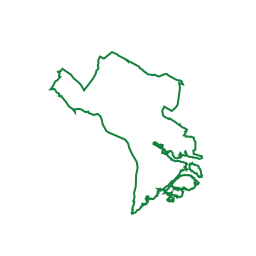 Flekkefjord nor, Vest-Agder, Norway, rotated 304°
{"feature_id": "86288312B20196044889227", "entity_name": "Flekkefjord nor", "entity_type": "district", "adm_level": 2, "iso_a3": "NOR", "parent_name": "Norway", "parent_adm1": "Vest-Agder", "projection": "albers", "projection_center": [6.638, 58.382], "detail": "fine", "context": "isolated", "style": "outline", "palette": "green", "viewbox_px": 256, "rotation_deg": 304, "n_neighbors": 0, "source": "geoboundaries", "source_scale": "gbopen_adm2", "svg_char_len": 5964}
<svg xmlns="http://www.w3.org/2000/svg" viewBox="0 0 256 256"><g transform="rotate(304 128 128)"><path d="M171.6,64.9L167.5,65.4L165.3,67.3L162.7,68.1L161.6,69.7L160.1,70.3L158.3,69.6L155.3,70.8L149.4,71.4L134.6,70.5L136.6,66.8L137.7,63.8L138.3,60.7L138.8,55.2L140.3,51.0L140.4,40.5L136.8,40.2L136.2,39.0L135.4,38.5L135.1,39.2L135.4,40.0L134.7,40.9L132.4,41.7L132.6,43.2L127.5,42.6L126.1,41.6L120.7,42.4L116.7,42.1L119.2,45.1L117.6,49.1L118.0,51.6L116.9,52.7L116.0,52.7L116.3,54.1L117.4,54.9L116.8,55.5L115.0,61.7L112.9,67.0L112.8,71.4L111.5,75.1L113.6,73.3L116.5,76.7L117.5,79.7L117.2,81.4L117.5,84.0L119.4,85.8L118.5,86.6L118.4,87.4L118.8,88.1L119.6,92.2L122.7,95.0L122.2,98.7L119.8,102.1L117.0,104.8L113.4,111.8L113.6,115.3L116.8,132.1L115.6,136.0L114.8,137.4L112.4,139.8L108.5,146.3L104.6,154.5L100.3,158.3L93.4,161.1L84.1,167.0L77.5,169.4L74.1,172.2L70.6,173.3L70.9,173.6L70.7,174.2L69.9,174.3L69.3,175.2L65.3,176.0L63.3,177.3L62.9,177.0L62.5,178.1L59.7,178.4L59.2,179.4L59.8,179.9L60.5,179.2L60.2,180.0L62.3,181.5L64.8,181.5L66.8,183.0L71.7,182.9L71.0,183.3L73.3,183.7L73.4,183.3L72.6,182.8L73.3,182.3L73.8,183.6L73.6,183.9L74.4,184.0L74.8,184.6L74.3,185.1L75.4,185.9L77.1,185.1L78.1,185.9L78.6,185.5L78.3,183.8L79.4,183.7L79.2,182.2L82.0,181.8L82.6,183.1L82.0,183.4L82.5,183.4L80.9,183.6L81.1,184.0L80.4,184.0L80.5,184.6L81.2,186.1L82.3,186.3L82.3,187.0L83.3,188.8L87.6,189.3L87.5,189.9L88.2,190.2L90.0,189.1L91.2,189.7L91.7,189.0L91.6,188.3L92.7,188.2L93.6,189.2L94.1,186.7L94.4,187.3L94.2,187.6L95.3,188.3L94.8,188.6L94.8,189.6L94.5,189.9L96.2,190.3L96.5,191.0L96.0,192.0L96.3,192.5L97.6,192.7L96.9,192.3L97.6,191.6L101.0,192.4L102.3,193.4L108.2,194.0L110.3,195.4L118.3,196.4L120.7,196.3L122.4,195.5L123.2,196.9L124.0,196.8L124.1,197.6L124.7,197.6L125.7,198.7L125.7,199.5L126.4,198.8L126.9,199.6L126.9,198.6L127.3,198.3L127.1,196.6L127.4,196.5L127.7,197.7L128.2,197.3L127.8,197.1L129.0,197.2L130.9,196.1L131.2,196.9L131.6,196.2L130.6,193.7L130.6,192.6L129.3,190.5L129.5,189.8L129.0,188.4L126.6,185.3L126.9,184.7L126.0,182.3L126.1,181.4L126.8,181.5L126.9,177.1L127.3,176.8L127.5,174.9L129.0,175.0L127.0,172.9L127.6,172.3L126.4,170.3L128.4,169.4L128.9,170.4L129.9,170.6L130.6,169.2L130.6,168.4L130.0,168.2L129.9,166.6L129.4,166.2L129.3,160.3L128.8,158.4L130.0,157.5L130.8,157.9L131.3,158.8L131.0,159.1L131.6,159.7L130.9,160.2L130.8,161.0L131.5,162.1L130.6,163.2L132.2,164.0L131.9,164.6L132.7,164.9L133.3,166.4L132.8,166.7L131.2,165.2L130.1,165.9L131.1,167.3L130.6,168.2L130.8,169.1L130.1,170.6L130.4,170.9L129.3,173.6L130.4,173.8L131.1,175.2L132.1,175.2L132.9,176.6L132.3,178.7L130.4,180.5L130.5,181.1L129.6,182.8L129.4,183.3L130.0,185.3L130.4,186.0L132.5,186.0L132.1,186.2L132.3,187.9L133.8,188.3L134.2,188.0L134.2,185.6L136.6,185.4L135.5,187.8L135.6,188.4L136.6,189.0L136.8,190.5L137.7,191.7L138.8,191.3L139.1,189.8L139.9,189.4L140.0,188.7L140.7,188.7L138.1,192.8L138.5,195.3L140.1,197.9L139.8,198.2L140.1,199.0L141.8,201.6L141.8,202.7L142.4,204.7L144.5,206.1L145.5,205.4L145.9,204.8L144.7,201.9L143.9,198.5L143.1,197.1L145.8,194.8L147.2,195.9L148.0,195.7L154.0,191.8L155.5,188.9L156.8,188.1L156.0,185.0L155.1,184.1L154.5,182.2L153.2,181.1L153.7,180.0L153.1,178.5L157.3,178.3L157.2,177.5L158.4,178.1L159.6,177.8L159.4,174.0L158.9,172.9L159.3,168.6L159.7,168.6L159.1,167.9L159.4,163.8L159.2,157.0L158.3,157.0L157.7,151.9L158.0,150.2L161.1,146.9L166.0,146.1L166.6,154.8L171.8,156.1L175.1,156.1L190.3,148.7L193.9,145.3L194.9,149.1L196.8,146.2L196.4,145.4L196.5,144.2L195.6,143.4L194.9,140.1L194.2,132.5L194.4,129.9L193.4,128.5L187.7,124.6L187.0,120.1L186.1,119.7L183.7,114.5L184.0,110.9L183.7,110.7L184.4,107.0L184.2,104.1L185.1,103.1L183.8,90.8L183.3,91.0L183.8,89.8L183.2,89.5L183.7,88.6L182.7,79.6L183.0,77.6L182.0,72.3L172.0,69.2L171.6,64.9ZM105.3,195.6L104.6,196.2L104.5,197.1L104.8,197.2L104.1,198.0L104.0,199.1L104.7,199.4L104.9,200.0L104.5,200.5L105.4,201.2L106.0,202.8L107.3,203.0L106.4,203.2L106.3,204.0L107.0,204.7L107.1,206.3L107.8,206.6L107.9,207.9L109.0,208.7L109.7,207.4L110.2,208.1L110.0,209.2L109.5,209.5L109.4,210.7L109.8,211.5L110.1,211.0L110.5,213.5L113.9,215.0L114.3,215.5L113.9,215.7L114.1,215.9L116.9,216.4L119.0,215.1L119.0,214.7L119.4,214.7L119.3,214.0L119.8,213.8L119.7,214.5L120.1,214.6L118.4,215.7L118.5,216.1L119.7,216.1L119.9,216.3L119.6,216.5L120.3,217.5L122.2,217.3L122.6,213.7L120.8,214.3L122.5,213.2L122.2,212.3L122.7,212.2L122.8,209.6L123.5,210.0L123.3,208.2L123.8,207.9L123.8,206.9L123.3,206.6L123.4,206.0L122.7,205.0L122.8,204.3L121.1,202.3L120.8,201.2L119.9,200.8L119.4,199.6L117.7,198.8L117.6,197.6L114.7,197.8L113.0,196.8L105.3,195.6ZM99.4,195.1L96.6,193.8L96.3,194.0L96.6,194.7L96.2,194.7L94.5,194.5L95.4,195.2L95.1,195.9L95.3,196.7L95.9,196.8L95.6,197.2L97.1,197.0L94.9,198.4L95.4,199.2L96.5,200.1L97.2,199.0L97.8,199.5L97.6,200.1L98.9,200.2L98.5,200.5L97.5,200.4L97.2,200.6L97.6,200.8L97.2,200.9L97.6,201.9L97.3,202.8L97.8,202.2L97.5,203.1L97.8,204.9L98.1,205.6L98.8,205.0L99.0,205.5L98.5,205.8L99.1,206.2L97.2,208.1L99.2,207.5L99.6,209.5L101.5,210.8L105.7,209.5L105.3,209.0L106.2,208.2L106.4,205.8L105.1,203.5L104.4,204.1L104.0,202.1L104.6,202.1L104.3,200.6L103.0,200.3L103.5,199.8L103.8,198.5L104.0,198.2L104.3,197.7L104.5,196.2L103.6,195.8L103.7,196.5L103.3,195.6L99.4,195.1ZM132.4,199.5L129.3,201.3L127.9,203.8L128.2,204.4L127.8,205.1L128.4,205.5L128.2,206.0L128.4,206.9L127.9,208.3L128.1,209.4L128.6,209.6L128.2,210.2L128.7,210.8L127.4,212.6L127.1,213.9L127.5,214.0L127.3,214.8L127.5,215.1L128.2,215.0L128.7,216.5L130.0,216.0L130.4,214.7L133.3,212.1L134.3,210.6L134.5,209.0L135.7,208.0L135.7,206.8L134.6,203.7L134.9,203.0L134.0,201.4L134.7,200.7L133.9,200.5L134.1,200.9L133.9,201.1L134.0,201.7L133.4,199.9L133.0,200.3L132.4,199.5ZM91.9,200.8L90.2,200.7L90.0,201.6L91.1,202.8L90.3,202.6L90.2,203.6L91.3,203.9L91.9,206.1L92.4,205.9L92.9,204.6L93.2,204.8L92.9,204.8L93.1,206.4L95.1,205.4L95.0,202.2L95.6,200.8L93.5,201.0L93.8,201.6L92.4,201.5L91.9,200.8Z" fill="none" stroke="#15803d" stroke-width="2"/></g></svg>